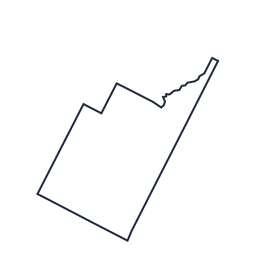 the district of Jefferson, Idaho, United States of America, rotated 297°
{"feature_id": "52423323B94431065830761", "entity_name": "Jefferson", "entity_type": "district", "adm_level": 2, "iso_a3": "USA", "parent_name": "United States of America", "parent_adm1": "Idaho", "projection": "robinson", "projection_center": [-112.06, 43.841], "detail": "fine", "context": "isolated", "style": "outline", "palette": "slate", "viewbox_px": 256, "rotation_deg": 297, "n_neighbors": 0, "source": "geoboundaries", "source_scale": "gbopen_adm2", "svg_char_len": 525}
<svg xmlns="http://www.w3.org/2000/svg" viewBox="0 0 256 256"><g transform="rotate(297 128 128)"><path d="M28.0,97.5L27.6,138.0L27.4,178.7L38.3,177.9L60.7,177.9L161.4,177.9L228.6,177.8L228.6,171.2L211.4,171.2L206.5,168.2L203.3,168.4L200.0,166.4L195.2,160.3L192.1,159.8L190.1,156.9L185.0,156.4L182.2,152.2L176.7,149.8L175.6,146.7L173.5,147.7L171.5,145.2L168.3,149.0L164.5,149.6L161.4,148.3L162.6,138.1L162.7,107.8L162.6,97.7L129.0,97.6L129.1,77.5L28.1,77.3L28.0,97.5Z" fill="none" stroke="#1e293b" stroke-width="2"/></g></svg>